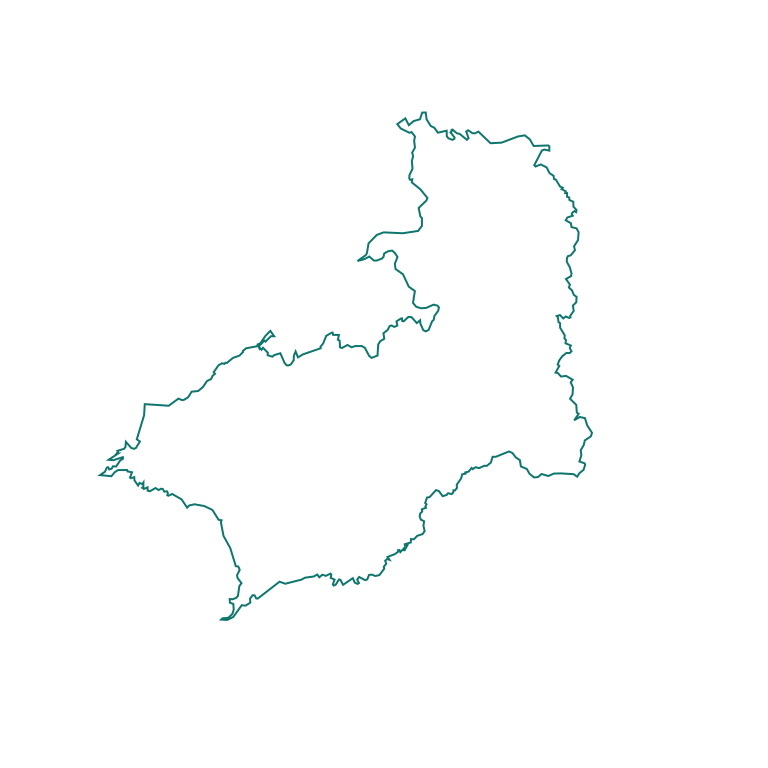 Brebes, Jawa Tengah, Indonesia (Natural Earth projection), rotated 231°
{"feature_id": "22746128B82312103386068", "entity_name": "Brebes", "entity_type": "district", "adm_level": 2, "iso_a3": "IDN", "parent_name": "Indonesia", "parent_adm1": "Jawa Tengah", "projection": "natural_earth1", "projection_center": [108.937, -7.053], "detail": "fine", "context": "isolated", "style": "outline", "palette": "teal", "viewbox_px": 768, "rotation_deg": 231, "n_neighbors": 0, "source": "geoboundaries", "source_scale": "gbopen_adm2", "svg_char_len": 6166}
<svg xmlns="http://www.w3.org/2000/svg" viewBox="0 0 768 768"><g transform="rotate(231 384 384)"><path d="M570.9,584.5L567.1,578.6L569.7,572.4L569.5,566.2L577.0,567.7L577.6,557.9L572.0,557.8L563.2,561.9L562.4,564.0L556.8,563.8L554.2,560.6L548.2,556.8L546.0,551.4L542.8,550.1L539.7,545.9L533.4,541.7L530.2,535.1L527.8,533.0L526.2,532.8L525.3,534.8L523.2,532.5L512.4,534.8L501.2,534.8L499.9,532.3L499.0,521.7L491.3,517.7L489.1,517.9L483.0,513.0L481.5,506.8L489.4,493.4L502.1,479.1L504.4,472.2L503.0,460.5L496.4,453.0L495.6,450.8L496.3,440.8L493.3,447.6L492.3,452.8L486.4,453.8L484.6,455.8L482.8,461.2L483.1,463.6L485.3,466.3L484.6,470.7L482.6,474.2L479.3,474.9L474.2,474.4L470.7,468.2L466.1,465.3L457.3,467.8L444.0,464.5L436.8,466.5L428.8,457.6L423.8,457.6L419.6,460.4L416.6,464.6L414.5,472.4L411.2,474.9L409.0,474.9L406.8,472.2L405.1,465.9L402.6,463.1L402.4,460.7L397.9,452.7L398.7,449.5L401.1,448.4L408.1,450.3L410.8,452.2L410.7,447.8L418.6,447.5L420.8,445.1L420.3,438.8L421.6,437.8L423.6,439.3L424.3,438.2L424.8,433.1L421.0,431.1L421.9,427.9L424.7,426.7L425.5,424.9L423.7,420.8L423.8,415.5L419.0,412.7L419.6,408.0L418.4,404.4L410.2,396.9L412.1,390.8L415.5,390.2L424.1,391.9L427.5,390.6L431.7,385.4L432.9,382.0L437.3,380.2L438.4,374.1L440.1,372.9L445.6,376.8L447.4,376.0L450.5,379.8L454.2,375.4L456.3,376.4L456.8,375.5L457.8,369.5L453.8,362.2L452.9,358.1L451.6,357.3L458.1,339.5L458.8,333.9L464.9,335.8L462.7,331.7L459.3,328.8L457.8,323.8L458.7,321.2L459.8,320.1L463.0,320.0L473.1,322.8L475.6,316.8L475.4,314.5L479.6,311.7L481.4,313.4L488.3,312.8L487.7,310.4L489.9,310.3L489.7,309.5L492.0,310.2L492.9,317.2L492.8,318.6L491.5,318.6L492.3,326.2L490.2,328.7L496.8,329.1L496.0,322.1L493.4,313.2L494.3,310.8L493.2,309.1L498.5,299.4L498.5,295.1L497.6,294.6L497.0,289.6L499.3,283.2L499.3,275.1L500.3,274.2L500.1,272.5L502.0,271.3L502.7,267.2L500.4,259.1L498.3,259.1L498.3,256.1L496.7,252.8L497.7,248.3L495.6,241.4L495.5,235.1L499.1,229.7L497.0,223.6L497.5,218.9L498.3,217.1L502.0,215.0L502.6,203.0L518.9,185.4L510.7,177.9L496.6,157.1L492.9,158.1L490.4,150.9L490.9,149.0L493.4,147.3L501.5,147.0L497.8,143.5L497.2,141.3L499.8,134.7L498.6,134.5L498.2,132.4L497.3,133.6L498.4,122.3L495.1,125.8L491.5,135.0L490.2,134.1L490.6,130.9L488.5,123.9L490.6,121.5L489.6,119.0L490.5,116.7L493.0,117.2L493.4,115.9L491.4,111.9L491.9,106.0L483.9,114.1L484.9,119.1L484.5,123.1L478.7,130.3L477.4,129.7L474.0,132.6L471.1,127.7L470.0,128.0L468.8,131.3L466.1,129.4L459.9,129.0L461.0,131.8L458.3,133.1L458.9,135.1L455.4,132.2L455.7,129.9L455.1,131.6L453.6,131.3L452.5,135.2L449.9,133.2L448.0,134.5L446.9,141.0L443.4,142.1L442.9,144.9L441.6,146.0L438.6,145.5L437.2,147.8L435.4,147.5L433.9,145.6L432.8,146.2L431.8,150.2L421.6,154.1L411.8,153.2L412.2,156.1L409.8,161.0L402.3,167.5L394.1,171.4L382.6,170.0L380.3,172.0L379.1,170.2L367.0,163.7L353.3,161.3L335.7,154.2L334.0,155.8L332.4,155.6L330.3,154.8L327.8,149.3L325.3,148.1L318.9,147.9L318.0,144.4L311.3,137.2L310.8,134.6L311.9,131.0L314.0,128.8L311.0,126.6L307.9,128.5L303.1,125.1L300.7,121.3L300.3,115.8L303.5,111.2L303.4,109.2L299.4,113.5L297.8,120.2L301.6,134.2L298.9,136.9L298.2,142.5L301.5,144.8L302.5,148.9L301.3,150.4L297.7,149.8L296.7,150.9L296.1,178.4L290.9,181.6L283.9,196.8L283.2,200.7L278.6,208.3L278.0,212.2L274.5,212.1L274.6,216.0L271.5,218.1L270.3,223.1L269.1,223.2L266.9,220.6L263.1,222.5L260.4,218.1L259.0,218.1L258.4,220.1L260.4,226.0L259.3,226.9L253.7,225.8L252.7,237.6L248.1,236.3L245.3,237.6L245.1,239.3L248.8,240.0L249.7,243.2L243.4,245.9L242.7,248.0L245.0,252.2L243.6,254.5L240.2,256.5L238.4,260.2L240.3,267.9L242.1,268.8L242.9,272.6L245.9,273.7L246.0,276.3L244.0,277.6L247.4,277.9L245.0,285.3L244.7,289.0L246.0,290.2L245.3,291.5L243.1,290.9L243.7,295.9L242.6,294.7L241.8,295.3L243.9,300.6L245.3,298.7L246.4,299.3L244.0,305.1L246.5,307.4L244.5,309.5L245.1,314.3L243.1,319.5L244.1,323.0L249.1,325.5L252.1,328.8L255.4,327.3L258.7,328.4L260.6,330.7L260.8,333.4L262.8,334.5L261.4,338.8L262.8,339.1L263.7,341.3L265.6,341.1L268.7,346.0L267.4,348.2L268.8,357.7L266.2,359.3L259.9,359.0L258.4,362.7L258.8,365.1L255.9,367.2L256.0,369.4L257.7,371.1L256.6,372.2L257.3,375.3L259.9,377.1L262.1,384.6L264.6,387.9L263.0,391.0L264.1,391.5L262.7,394.6L263.6,399.3L262.0,399.4L261.7,402.8L258.8,405.0L257.3,410.6L255.7,412.3L255.7,417.7L259.1,422.6L257.1,425.0L252.9,438.7L249.5,440.4L244.1,440.2L239.3,441.7L233.8,438.5L228.1,441.5L222.5,440.6L216.9,441.9L214.8,445.1L214.9,449.8L209.1,453.8L207.5,459.6L203.3,465.1L194.6,474.6L190.4,475.8L191.7,479.8L191.7,485.0L194.6,489.5L196.1,490.0L200.8,487.1L204.4,492.5L208.7,495.2L210.9,500.9L213.8,504.5L213.1,511.7L215.1,514.9L224.0,515.9L231.0,518.7L235.2,515.3L236.1,509.0L238.3,516.5L240.5,515.9L246.8,520.3L255.4,519.3L257.3,524.0L262.4,528.7L267.8,530.2L268.6,533.3L275.7,530.6L278.4,526.3L283.1,526.0L284.9,524.5L287.7,531.6L289.8,531.2L292.0,535.0L293.4,539.9L293.3,545.4L291.2,547.7L291.4,550.3L295.1,551.0L296.3,553.4L301.4,550.7L303.7,553.1L305.8,552.9L308.1,555.1L316.9,556.3L320.4,559.1L322.3,558.6L326.5,561.2L328.1,561.0L326.9,564.1L322.1,564.6L322.1,567.7L318.7,569.5L318.5,570.9L319.8,571.6L321.4,577.4L326.1,580.2L326.5,584.8L330.5,588.5L333.8,587.6L338.4,589.0L342.6,588.4L344.2,591.0L351.1,591.5L350.1,597.4L351.8,599.2L357.6,601.8L364.0,603.0L366.8,605.5L367.6,607.5L366.5,610.0L367.8,616.6L371.4,618.3L373.7,625.3L379.4,630.7L383.7,631.6L387.9,628.5L391.4,630.4L396.9,628.3L398.0,631.3L396.0,636.6L398.0,636.9L398.6,638.3L398.5,640.8L396.7,641.4L398.0,643.1L402.6,642.8L406.5,645.8L410.3,643.9L412.4,645.3L414.3,644.1L417.2,646.4L418.4,645.0L419.3,646.5L423.8,644.7L424.0,646.4L426.9,645.1L434.6,646.2L436.2,645.1L439.2,646.8L443.6,645.3L450.0,646.7L456.0,644.0L457.6,638.7L459.4,638.4L466.1,653.6L465.3,656.1L461.3,659.4L464.6,662.0L465.9,661.9L474.8,650.1L482.4,651.3L488.6,649.9L492.0,644.0L497.6,627.2L504.1,618.3L520.7,616.2L521.6,612.4L523.3,610.5L528.2,609.1L528.5,606.8L521.8,604.4L521.6,602.1L530.8,600.2L532.8,598.5L538.7,597.3L538.9,596.2L537.6,595.4L537.7,594.0L531.2,594.0L530.2,592.9L530.8,590.7L534.5,588.7L537.0,588.7L541.4,592.1L545.4,584.0L551.4,584.4L555.1,582.7L563.0,583.7L568.7,587.3L570.9,584.5Z" fill="none" stroke="#0f766e" stroke-width="2"/></g></svg>